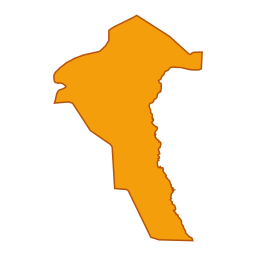 SVG path tracing the border of Unity
{"feature_id": "SDS-871", "entity_name": "Unity", "entity_type": "State", "adm_level": 1, "iso_a3": "SSD", "parent_name": "South Sudan", "parent_adm1": "", "projection": "mercator", "projection_center": [30.188, 8.676], "detail": "fine", "context": "isolated", "style": "filled", "palette": "amber", "viewbox_px": 256, "rotation_deg": 0, "n_neighbors": 0, "source": "natural_earth", "source_scale": "10m", "svg_char_len": 3402}
<svg xmlns="http://www.w3.org/2000/svg" viewBox="0 0 256 256"><path d="M190.2,54.4L191.1,53.8L192.0,53.0L193.3,52.5L194.2,52.3L202.1,52.1L201.3,68.7L200.3,69.2L199.4,69.7L198.3,69.9L192.8,69.9L189.8,69.6L180.9,67.5L172.3,67.1L171.0,67.4L169.9,68.0L169.2,68.7L168.5,69.7L167.7,70.5L166.7,70.9L165.4,71.2L164.8,72.0L164.0,74.2L163.3,75.1L162.4,75.8L161.6,76.8L161.2,78.4L160.5,79.5L159.2,80.0L158.5,80.7L159.3,82.5L160.0,83.0L160.6,83.3L161.1,83.6L161.2,84.7L161.2,89.3L160.9,89.9L160.5,90.3L160.3,90.7L160.8,91.2L160.0,92.1L159.0,92.6L158.0,93.3L157.4,94.6L157.0,96.9L156.7,97.7L155.9,98.5L155.4,98.9L154.4,99.2L154.0,99.4L153.9,99.8L153.7,101.0L153.6,101.4L153.4,101.5L152.2,102.8L151.8,102.9L150.7,103.1L150.2,103.3L149.7,103.9L149.3,104.9L149.1,106.0L149.3,107.2L149.6,108.0L150.4,109.5L150.7,110.6L150.7,111.1L150.6,112.1L150.7,112.5L151.0,113.1L151.9,113.9L152.2,114.5L152.3,115.7L152.2,118.2L152.6,119.3L153.1,118.8L153.5,119.9L153.2,120.8L152.5,121.6L151.7,122.3L152.1,123.2L152.7,124.0L155.5,126.6L156.0,126.8L156.5,126.8L157.0,127.0L157.4,127.6L157.4,128.6L156.9,129.7L155.5,131.4L155.1,132.2L154.8,133.0L154.6,133.9L154.6,134.8L155.0,134.8L155.0,134.6L155.0,134.1L155.0,133.8L155.7,134.3L155.6,134.9L155.2,135.6L155.0,136.5L155.2,137.1L156.2,138.2L156.5,138.9L156.8,139.2L158.8,140.6L158.9,140.9L158.8,141.8L158.8,142.1L159.1,142.2L160.0,142.0L160.3,142.1L160.9,143.4L160.8,144.5L160.5,145.4L160.1,147.3L159.7,147.7L159.2,148.0L158.8,148.3L158.4,150.2L159.0,150.9L159.4,152.9L159.8,153.7L158.4,154.5L157.9,154.7L159.3,157.0L159.4,158.1L158.1,158.5L158.1,158.9L158.6,159.7L158.8,160.5L157.6,160.9L157.3,162.4L157.5,165.4L158.4,167.6L160.3,166.7L160.3,168.0L160.9,168.0L161.8,167.7L162.6,167.7L163.1,168.5L163.2,169.5L163.1,170.5L163.2,171.5L164.1,172.8L165.5,174.4L166.3,175.7L165.5,176.4L169.7,181.3L170.4,183.9L171.1,184.3L171.2,184.8L171.2,186.8L171.8,187.4L172.7,187.8L173.2,188.3L172.2,188.9L172.2,189.5L172.8,189.5L174.1,189.9L173.8,190.0L173.5,190.2L173.2,190.3L172.7,190.3L172.7,190.8L173.3,191.4L173.1,191.9L172.6,192.3L172.2,192.8L171.9,193.3L171.6,193.6L171.3,194.1L170.8,197.3L171.4,198.6L171.0,199.0L170.4,199.5L170.3,200.0L170.7,200.7L171.8,201.5L172.2,202.0L172.3,202.6L172.2,203.4L172.3,204.1L173.9,204.8L174.7,205.8L175.3,207.2L175.6,208.5L175.5,209.3L175.3,209.9L174.8,210.1L173.9,210.2L173.5,210.5L174.0,211.2L174.7,211.9L175.0,212.1L175.3,212.4L176.0,213.1L176.1,213.3L176.0,214.2L176.0,214.5L176.6,214.7L177.2,214.7L177.7,214.8L178.0,215.7L178.4,217.1L180.6,219.4L181.3,220.8L181.6,223.7L182.1,224.8L183.2,226.1L183.7,228.0L184.4,229.3L185.0,230.2L185.5,231.0L185.8,233.2L186.2,233.6L187.1,234.3L188.5,236.2L191.8,238.0L192.3,238.8L192.5,240.2L192.7,240.6L159.0,239.8L150.8,237.2L128.5,191.2L127.7,190.2L126.6,189.6L125.4,189.4L114.7,188.5L112.2,147.4L111.6,146.0L110.4,144.4L90.4,130.6L72.6,103.2L68.7,101.9L54.4,103.1L55.1,101.1L56.8,93.5L58.0,91.3L59.4,90.0L62.7,88.9L64.2,88.2L65.7,87.0L65.9,86.4L65.9,86.1L65.3,85.7L64.3,84.8L63.8,84.3L62.5,83.6L61.9,83.3L61.2,83.2L60.6,82.9L60.0,82.8L59.5,82.9L59.0,83.0L58.4,83.2L58.0,83.3L57.6,83.2L57.2,82.9L56.5,82.7L56.0,82.6L55.1,82.4L54.2,80.6L53.9,78.1L54.0,75.1L55.4,72.4L59.9,67.9L65.2,63.8L66.6,62.6L75.2,58.1L83.6,55.0L99.7,51.4L105.6,45.8L108.8,40.6L108.9,30.4L111.1,28.7L114.9,26.4L133.5,17.3L136.7,15.4L153.1,25.9L169.6,36.5L188.1,53.3L189.2,54.1L190.2,54.4Z" fill="#f59e0b" stroke="#b45309" stroke-width="1.5"/></svg>